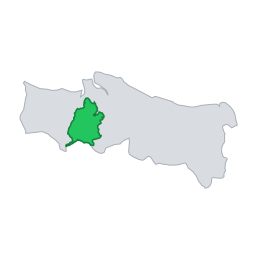 Évora on a map of Portugal (Mercator projection), rotated 95°
{"feature_id": "PRT-744", "entity_name": "Évora", "entity_type": "District", "adm_level": 1, "iso_a3": "PRT", "parent_name": "Portugal", "parent_adm1": "", "projection": "mercator", "projection_center": [-7.866, 38.601], "detail": "fine", "context": "in_parent", "style": "filled", "palette": "green", "viewbox_px": 256, "rotation_deg": 95, "n_neighbors": 0, "source": "natural_earth", "source_scale": "10m", "svg_char_len": 6050}
<svg xmlns="http://www.w3.org/2000/svg" viewBox="0 0 256 256"><g transform="rotate(95 128 128)"><path d="M97.7,28.2L100.8,25.2L103.8,23.3L105.5,22.6L112.5,20.6L114.3,19.6L116.1,19.7L116.3,20.7L117.3,22.6L118.5,23.9L118.8,24.8L116.0,28.8L115.7,30.2L117.1,32.7L117.3,33.5L118.0,33.8L119.9,33.7L123.3,32.1L125.6,30.7L126.4,31.3L133.0,30.5L134.6,31.1L135.6,31.8L138.9,32.8L142.4,32.9L146.8,31.5L148.7,30.2L149.1,28.7L149.2,27.6L149.7,26.8L150.7,26.4L152.3,27.2L154.5,27.8L159.9,28.0L161.0,27.2L162.8,27.4L165.2,28.5L168.0,28.1L169.4,29.4L169.9,31.1L170.1,34.8L169.9,38.5L170.4,39.9L172.3,40.3L175.3,40.2L178.1,41.2L180.2,43.0L180.9,44.8L181.2,46.0L180.1,46.7L178.7,49.4L175.0,52.8L169.7,55.9L165.6,59.8L162.8,64.4L159.3,66.4L158.3,67.4L157.9,68.7L160.2,74.3L160.9,78.6L161.4,83.9L161.1,85.4L160.9,91.3L160.4,93.0L160.5,94.3L161.3,95.8L161.7,97.2L160.1,99.1L157.2,101.1L155.1,103.0L154.5,104.7L154.6,105.8L158.3,109.4L158.9,110.9L158.4,114.5L156.3,120.4L154.3,124.0L154.0,124.3L151.7,125.3L140.8,125.4L138.1,126.2L138.5,126.9L141.1,131.5L143.7,133.9L144.6,134.5L145.6,139.8L149.9,148.4L154.1,149.5L155.6,151.7L155.3,154.7L154.0,157.9L151.5,161.3L148.4,163.6L146.4,166.0L146.2,168.7L145.6,172.1L144.6,174.8L144.4,176.7L152.1,188.1L156.4,187.6L156.9,187.8L156.2,190.6L154.8,193.8L153.2,194.4L149.5,195.4L146.0,199.5L143.2,204.4L141.1,206.8L139.1,212.7L139.4,215.2L140.3,219.1L142.3,229.3L139.5,229.8L128.4,236.4L125.0,236.4L118.5,233.5L107.2,232.6L103.5,231.7L98.9,233.6L95.4,233.6L92.6,236.0L90.5,235.3L92.8,229.9L96.5,219.0L96.4,212.4L97.2,206.6L96.2,200.9L94.4,197.3L96.9,188.0L96.6,183.2L94.3,177.1L101.2,178.0L99.1,175.6L97.0,174.1L95.0,174.5L93.2,174.4L87.3,176.8L84.4,177.5L83.5,177.1L83.8,173.3L82.3,168.4L84.7,167.1L87.4,166.7L89.7,164.6L91.2,162.3L90.4,158.1L92.5,154.1L97.2,150.8L94.8,151.3L91.9,153.4L87.5,160.9L86.0,164.8L82.2,166.0L78.8,166.7L77.1,166.3L75.0,165.3L74.8,162.4L75.0,160.2L76.4,155.7L77.0,149.3L79.0,143.6L78.8,142.1L78.3,139.8L80.0,137.6L82.3,136.1L85.6,131.2L90.3,119.5L95.7,106.9L95.3,105.4L94.1,104.2L94.6,100.8L97.9,86.0L99.2,84.1L100.7,79.7L101.1,72.7L101.7,67.8L101.5,65.3L101.0,62.4L99.0,56.8L96.8,44.8L96.6,40.8L98.4,38.8L95.4,38.5L94.1,35.9L94.4,32.9L97.7,28.2Z" fill="#d9dde1" stroke="#a8b0b8" stroke-width="1"/><path d="M148.2,163.8L146.7,165.0L146.4,165.7L146.3,166.0L146.1,167.4L146.0,168.4L146.0,168.8L146.1,169.1L146.2,169.4L146.4,169.5L146.6,169.7L146.7,170.0L146.6,170.6L145.2,172.6L144.6,174.7L144.3,175.1L144.7,175.7L144.6,176.2L144.3,176.6L143.8,177.1L144.3,177.4L145.2,178.0L148.7,182.5L148.8,182.7L149.0,183.3L149.1,183.5L149.4,183.8L149.9,184.2L150.1,184.4L151.4,187.7L151.7,188.0L151.4,188.3L151.1,188.4L150.6,188.3L150.2,188.0L149.9,187.7L149.6,187.2L149.5,186.9L149.2,186.0L149.1,185.7L149.0,185.4L148.8,185.2L148.0,184.8L147.3,184.2L147.2,183.9L147.1,183.6L147.0,183.3L146.9,183.0L146.7,182.8L146.6,182.6L146.5,182.4L146.5,182.2L146.4,181.9L146.2,181.9L145.9,181.9L145.1,182.3L144.9,182.3L144.6,182.3L143.5,182.9L142.5,183.2L142.5,183.5L142.4,183.8L142.3,184.2L142.1,184.5L141.7,184.8L141.6,185.0L141.1,185.2L141.0,185.4L140.1,185.9L139.5,186.4L139.1,187.1L139.1,187.4L138.7,187.5L137.2,187.5L136.5,187.2L135.9,187.1L133.8,187.0L133.3,186.9L131.2,185.7L130.4,185.4L128.7,185.2L126.0,184.0L125.2,183.1L124.3,182.7L124.0,182.6L123.6,182.6L122.9,183.0L122.6,183.0L122.3,182.9L122.0,182.6L121.6,182.2L121.4,182.1L121.0,182.1L120.2,182.1L117.8,182.1L117.7,182.5L116.5,181.5L115.9,181.3L115.6,181.3L115.3,181.3L115.0,181.2L114.3,180.8L113.9,180.4L113.2,180.1L113.0,179.7L113.5,178.8L113.6,178.0L113.4,177.7L113.2,177.5L112.7,177.3L112.6,177.1L112.6,176.8L112.7,176.7L112.3,175.3L112.3,175.1L112.2,174.9L112.1,174.6L111.6,174.2L111.0,173.4L110.7,173.3L110.1,173.4L109.4,173.9L108.9,174.1L108.0,174.1L107.6,173.9L107.3,173.7L107.1,173.5L107.0,173.3L106.7,173.2L106.4,173.1L106.3,173.3L106.4,173.5L106.4,173.8L106.4,174.0L106.2,174.1L105.4,173.8L104.4,173.7L103.2,172.9L102.2,172.8L102.0,171.8L101.9,171.5L101.8,171.2L101.8,170.8L101.8,170.5L103.0,169.0L105.7,167.1L106.2,166.4L106.5,166.0L106.5,165.5L106.5,165.2L106.8,164.6L106.8,164.2L106.6,164.0L105.2,163.8L106.8,162.4L108.2,162.2L108.5,161.9L109.2,161.2L109.6,161.1L109.9,161.2L110.2,161.1L110.4,161.0L110.5,160.9L110.6,160.6L110.7,160.4L110.8,160.2L111.0,160.2L111.6,160.4L112.0,160.4L112.4,160.3L112.7,160.3L112.9,160.3L113.1,160.2L113.3,159.8L113.5,159.8L113.7,160.0L114.6,160.9L114.9,161.1L115.9,161.4L116.2,161.5L116.4,161.7L116.5,161.9L116.6,162.2L116.7,162.4L116.9,162.4L117.0,162.3L117.4,163.0L117.5,163.2L118.1,163.5L118.6,162.9L118.8,162.3L118.7,162.0L118.5,161.7L118.3,161.6L118.0,161.6L117.5,161.0L117.3,160.7L117.3,160.3L117.5,159.6L117.3,159.3L117.2,159.2L116.8,159.1L115.1,158.3L114.9,158.2L114.6,158.0L114.5,157.6L114.6,157.4L114.8,157.1L115.0,156.9L115.1,156.5L115.2,156.1L115.2,155.4L115.3,155.0L115.5,154.7L116.1,154.7L116.3,154.5L116.6,154.0L117.2,153.4L117.8,153.2L118.0,153.0L119.2,152.9L119.6,153.1L119.6,153.3L119.6,153.6L119.4,154.2L119.6,154.7L119.8,155.0L120.0,154.9L120.1,154.6L120.1,154.4L120.1,154.2L120.6,153.9L121.1,153.8L121.4,153.9L121.5,154.0L122.3,154.8L122.4,155.1L122.4,155.7L122.4,156.2L122.5,156.3L123.3,156.4L123.6,156.4L123.8,156.2L124.1,156.0L124.3,155.8L124.8,155.4L125.5,155.3L125.9,155.6L127.3,157.6L128.2,158.2L128.6,158.3L129.0,158.3L129.2,158.2L129.9,158.3L131.0,157.9L131.3,157.5L131.8,156.9L132.1,156.9L132.6,157.2L132.8,157.3L133.2,157.1L133.5,157.1L133.8,157.2L134.5,157.5L134.8,157.4L135.1,157.2L135.2,156.9L135.5,156.6L135.9,156.2L136.4,156.0L137.1,155.9L137.6,155.7L137.9,155.4L138.0,155.2L138.0,154.9L137.9,154.7L137.7,154.3L138.1,154.0L138.3,154.0L138.6,154.4L139.9,155.0L140.4,155.5L140.6,155.9L140.7,156.6L140.7,156.9L140.8,157.3L141.5,158.0L141.7,158.8L141.8,159.3L142.3,160.0L142.1,160.7L142.3,161.0L142.7,161.8L143.0,162.0L143.5,162.3L144.1,162.3L144.7,162.2L145.4,161.5L146.1,160.9L147.1,160.6L147.6,160.6L148.0,160.8L148.4,161.0L148.5,161.3L148.6,161.9L148.5,162.2L148.0,162.9L148.0,163.1L147.9,163.5L148.2,163.8L148.2,163.8Z" fill="#22c55e" stroke="#15803d" stroke-width="1.5"/></g></svg>